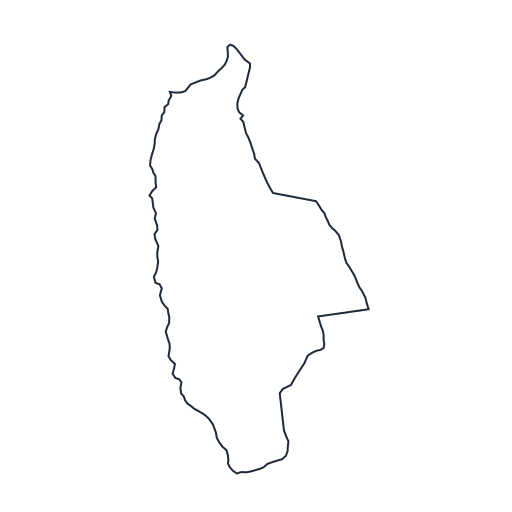 the district of Cidade Gaúcha, Paraná, Brazil, rotated 352°
{"feature_id": "56859067B84449941933061", "entity_name": "Cidade Gaúcha", "entity_type": "district", "adm_level": 2, "iso_a3": "BRA", "parent_name": "Brazil", "parent_adm1": "Paraná", "projection": "robinson", "projection_center": [-52.964, -23.374], "detail": "fine", "context": "isolated", "style": "outline", "palette": "slate", "viewbox_px": 512, "rotation_deg": 352, "n_neighbors": 0, "source": "geoboundaries", "source_scale": "gbopen_adm2", "svg_char_len": 2392}
<svg xmlns="http://www.w3.org/2000/svg" viewBox="0 0 512 512"><g transform="rotate(352 256 256)"><path d="M268.8,87.2L276.4,68.1L276.8,64.5L272.1,59.9L265.8,48.6L262.8,44.7L259.8,43.1L256.7,45.1L256.5,49.2L255.9,55.0L253.9,58.9L251.7,62.2L248.1,65.1L244.1,67.9L239.7,71.5L235.2,73.2L231.2,74.1L225.3,74.5L215.2,77.0L208.9,82.8L204.9,83.6L198.9,83.0L193.5,81.5L194.5,85.6L191.2,89.8L190.2,93.4L186.2,95.7L185.2,100.9L182.3,103.5L181.2,108.6L178.7,111.8L177.0,116.8L173.9,121.9L172.0,126.5L171.3,130.7L169.4,136.3L167.0,141.2L164.8,146.6L163.7,151.8L165.4,155.5L166.0,159.5L167.6,162.7L166.8,168.9L166.7,174.0L162.1,177.4L158.9,181.4L161.2,184.3L161.2,189.1L161.1,193.9L162.9,199.7L160.9,205.0L162.4,212.2L161.9,216.6L158.5,220.3L158.7,225.5L160.7,232.6L158.7,238.8L158.2,242.8L158.3,248.1L156.6,253.9L155.0,257.9L151.9,262.6L152.8,268.6L156.6,270.6L158.2,274.9L155.4,281.5L156.3,287.7L158.2,291.8L161.2,296.1L161.2,299.8L161.6,304.7L160.6,310.3L158.2,313.9L156.1,318.3L157.1,325.6L158.2,331.0L157.8,335.2L155.4,343.1L157.1,347.1L160.7,351.7L159.0,356.5L157.0,361.0L159.3,365.7L162.8,367.4L164.6,370.9L162.9,375.7L162.6,381.3L165.0,385.3L165.8,389.2L167.4,392.4L170.8,395.6L173.6,398.7L176.3,400.7L180.3,403.8L183.8,406.9L186.7,410.6L190.0,417.1L191.7,425.2L191.9,430.8L193.8,435.7L196.3,440.3L199.7,444.1L200.4,449.2L200.3,454.0L199.3,457.6L200.9,461.9L203.3,465.5L206.8,468.7L211.2,467.9L216.8,468.9L222.2,468.5L225.8,467.9L230.4,467.3L234.4,466.1L238.3,463.5L242.9,462.5L249.1,461.5L253.5,460.9L257.8,458.0L260.1,453.8L260.9,449.6L262.3,444.0L260.9,439.1L259.4,432.9L260.4,395.2L264.0,391.4L272.6,388.6L278.0,381.6L282.8,376.0L289.0,368.9L293.2,362.0L298.1,359.6L302.9,358.2L306.5,358.0L310.1,356.6L311.4,352.8L311.3,348.1L312.0,343.5L311.8,339.5L310.7,335.2L309.9,330.0L309.1,324.5L360.1,324.4L359.1,318.3L358.5,312.5L356.0,305.2L354.1,301.6L352.4,295.8L350.9,289.4L348.6,283.9L346.9,279.9L344.8,275.8L343.8,271.4L343.2,264.2L342.4,258.1L342.1,252.9L341.0,247.0L337.8,241.8L335.3,239.0L333.0,235.4L331.7,230.6L330.5,227.1L329.6,222.9L327.6,220.0L325.2,214.4L323.1,210.1L281.6,196.0L278.9,189.5L277.0,184.0L275.3,178.0L274.0,173.2L272.0,164.7L268.4,159.3L268.4,154.7L267.2,148.7L266.4,143.6L264.9,137.5L263.2,132.9L262.6,127.0L262.0,121.3L259.7,117.8L262.8,115.1L259.3,111.3L258.3,107.5L258.7,102.5L260.8,97.2L265.7,89.4L268.8,87.2Z" fill="none" stroke="#1e293b" stroke-width="2"/></g></svg>